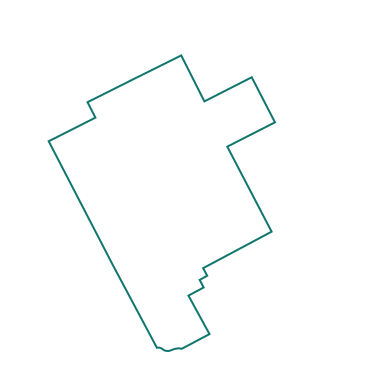 Athens, Ohio, United States of America (Mercator projection), rotated 59°
{"feature_id": "52423323B42850579427463", "entity_name": "Athens", "entity_type": "district", "adm_level": 2, "iso_a3": "USA", "parent_name": "United States of America", "parent_adm1": "Ohio", "projection": "mercator", "projection_center": [-81.929, 39.369], "detail": "fine", "context": "isolated", "style": "outline", "palette": "teal", "viewbox_px": 384, "rotation_deg": 59, "n_neighbors": 0, "source": "geoboundaries", "source_scale": "gbopen_adm2", "svg_char_len": 505}
<svg xmlns="http://www.w3.org/2000/svg" viewBox="0 0 384 384"><g transform="rotate(59 192 192)"><path d="M65.2,183.0L61.2,235.3L78.5,236.5L74.7,288.7L214.3,297.5L307.4,302.3L307.4,302.1L308.8,299.9L310.1,298.9L313.9,297.0L315.9,294.6L316.5,293.1L317.6,287.5L319.1,284.0L320.5,282.1L321.1,281.7L322.8,250.2L279.0,248.4L279.8,231.2L271.3,230.7L271.6,222.1L263.0,221.7L267.0,144.2L171.3,138.4L175.0,85.0L124.4,81.7L120.7,134.7L69.4,130.9L65.2,183.0Z" fill="none" stroke="#0f766e" stroke-width="2"/></g></svg>